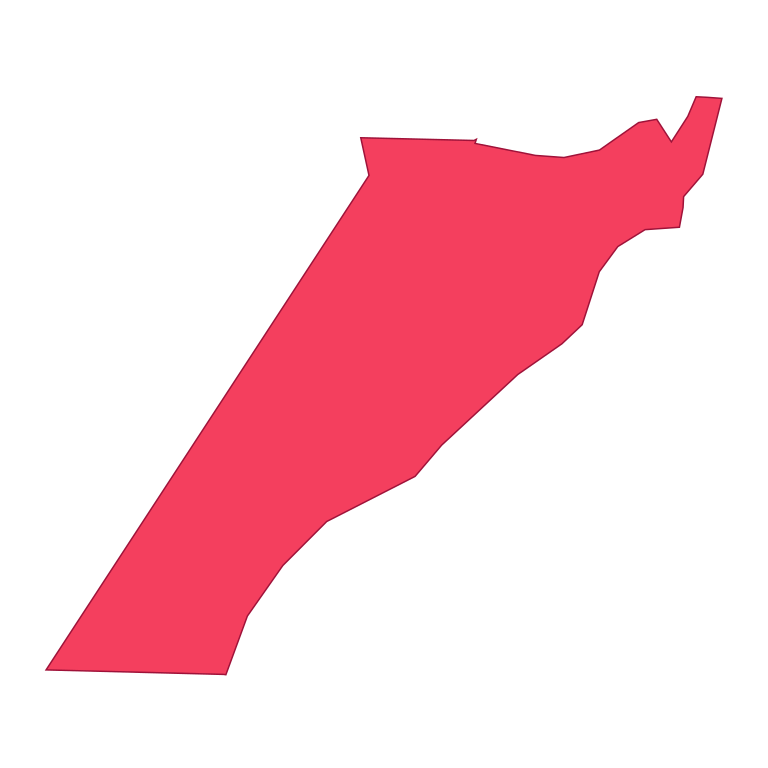 outline of Bur Sa`id, rotated 93°
{"feature_id": "EGY-1538", "entity_name": "Bur Sa`id", "entity_type": "Governorate", "adm_level": 1, "iso_a3": "EGY", "parent_name": "Egypt", "parent_adm1": "", "projection": "orthographic", "projection_center": [32.36, 31.131], "detail": "fine", "context": "isolated", "style": "filled", "palette": "rose", "viewbox_px": 768, "rotation_deg": 93, "n_neighbors": 0, "source": "natural_earth", "source_scale": "10m", "svg_char_len": 575}
<svg xmlns="http://www.w3.org/2000/svg" viewBox="0 0 768 768"><g transform="rotate(93 384 384)"><path d="M81.1,61.5L157.8,76.6L181.2,94.6L192.2,94.6L212.0,97.2L216.2,131.4L234.5,157.7L260.6,174.9L314.4,189.2L334.5,208.4L367.5,250.9L442.0,323.2L474.6,348.1L524.3,434.0L570.5,475.5L622.9,508.3L682.6,526.7L682.4,529.0L687.2,706.5L176.5,409.9L139.3,420.1L136.1,306.9L134.8,304.6L139.0,305.7L147.8,244.8L148.4,216.1L139.1,181.1L109.6,143.4L105.4,125.5L127.2,109.7L100.8,94.6L80.8,87.3L80.8,86.9L80.8,75.9L81.1,61.5Z" fill="#f43f5e" stroke="#9f1239" stroke-width="1.5"/></g></svg>